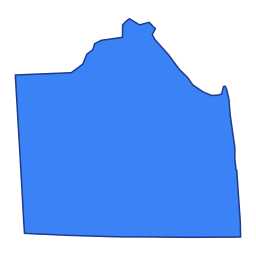 the district of Sussex, Delaware, United States of America
{"feature_id": "52423323B18332977345719", "entity_name": "Sussex", "entity_type": "district", "adm_level": 2, "iso_a3": "USA", "parent_name": "United States of America", "parent_adm1": "Delaware", "projection": "orthographic", "projection_center": [-75.391, 38.706], "detail": "fine", "context": "isolated", "style": "filled", "palette": "blue", "viewbox_px": 256, "rotation_deg": 0, "n_neighbors": 0, "source": "geoboundaries", "source_scale": "gbopen_adm2", "svg_char_len": 1243}
<svg xmlns="http://www.w3.org/2000/svg" viewBox="0 0 256 256"><path d="M20.2,158.3L20.4,162.2L20.5,164.3L20.6,166.4L20.7,167.1L21.2,176.8L21.4,179.8L22.0,190.2L22.4,197.9L22.4,198.0L22.9,206.8L23.5,217.7L23.6,219.5L24.5,233.3L33.9,233.8L34.8,233.9L39.8,234.1L45.7,234.3L56.5,234.8L58.2,235.0L59.5,235.0L61.4,235.0L64.6,235.2L69.3,235.4L69.6,235.4L78.1,235.6L81.8,235.8L82.3,235.8L88.4,236.0L89.4,236.0L96.4,236.2L97.0,236.2L113.3,236.7L114.6,236.7L119.3,236.8L124.7,236.9L125.1,236.9L132.6,236.9L137.8,236.9L142.6,236.9L165.5,237.1L169.8,237.1L172.3,237.2L188.3,237.3L194.9,237.3L209.5,237.2L227.0,237.1L233.6,237.1L234.8,237.1L235.4,237.1L239.1,237.0L239.4,237.0L240.6,237.0L240.3,222.0L236.7,170.1L236.4,169.8L236.3,169.7L236.0,169.6L234.9,159.5L234.8,147.3L230.1,114.3L229.7,109.2L229.0,99.7L226.6,89.0L225.1,86.2L223.5,86.6L221.7,93.7L218.6,95.1L211.7,95.5L203.4,92.1L202.8,91.7L193.0,85.1L192.8,85.0L187.9,77.9L179.0,69.0L168.6,54.9L154.9,39.5L152.2,34.7L155.4,28.5L152.4,26.1L152.3,25.6L149.2,22.3L139.6,24.9L129.4,18.7L125.3,22.0L122.6,25.1L122.5,37.3L101.3,40.3L94.7,43.6L92.9,49.6L86.9,54.2L82.8,64.1L71.3,72.7L15.4,75.0L15.5,78.3L16.0,87.0L16.9,102.6L18.4,128.2L20.2,158.3Z" fill="#3b82f6" stroke="#1e3a8a" stroke-width="1.5"/></svg>